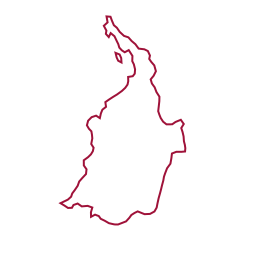 Porto Belo, Santa Catarina, Brazil (Mercator projection), rotated 292°
{"feature_id": "56859067B90050633059685", "entity_name": "Porto Belo", "entity_type": "district", "adm_level": 2, "iso_a3": "BRA", "parent_name": "Brazil", "parent_adm1": "Santa Catarina", "projection": "mercator", "projection_center": [-48.598, -27.169], "detail": "fine", "context": "isolated", "style": "outline", "palette": "rose", "viewbox_px": 256, "rotation_deg": 292, "n_neighbors": 0, "source": "geoboundaries", "source_scale": "gbopen_adm2", "svg_char_len": 1842}
<svg xmlns="http://www.w3.org/2000/svg" viewBox="0 0 256 256"><g transform="rotate(292 128 128)"><path d="M224.6,70.1L223.4,66.3L218.3,69.5L213.7,67.3L210.2,71.5L207.0,72.2L205.1,76.1L209.5,76.4L208.0,81.1L204.5,84.9L202.1,87.6L199.3,89.8L197.7,93.2L197.0,96.6L200.5,99.5L196.5,105.1L191.6,106.9L189.2,109.6L185.0,112.6L180.9,113.9L177.8,113.0L175.4,109.0L171.5,110.7L168.1,111.3L164.2,110.4L160.1,108.5L155.0,105.3L151.1,102.4L147.2,99.7L143.5,97.3L139.4,99.7L135.4,97.4L131.3,97.4L126.6,98.2L127.5,93.8L124.4,90.2L119.8,88.3L115.1,88.9L112.7,92.0L111.2,95.3L108.3,97.1L105.0,98.8L99.4,99.9L96.8,103.5L93.3,104.1L89.7,103.5L86.0,101.9L81.5,99.1L76.7,101.1L74.2,105.0L69.6,106.3L64.4,104.3L60.1,102.8L55.6,103.0L50.5,101.9L46.4,100.8L43.0,101.0L39.1,99.1L33.0,93.6L32.3,98.0L31.4,102.3L33.0,105.9L36.2,106.3L39.1,109.6L38.0,114.5L40.7,119.8L40.9,124.7L36.0,125.2L31.8,127.0L35.3,129.9L35.4,133.9L33.6,136.7L33.3,141.1L32.6,146.0L33.5,151.5L34.8,154.9L37.7,158.0L40.7,161.2L45.3,162.9L48.6,163.7L51.7,165.9L54.3,168.2L54.3,175.6L56.6,180.6L60.5,183.8L64.9,184.4L69.0,183.6L74.4,182.7L79.8,182.1L83.7,181.6L87.7,181.0L92.6,180.4L96.3,179.6L99.7,179.4L105.3,179.3L110.8,180.7L116.4,179.5L120.8,178.3L124.0,181.7L125.9,186.4L127.6,189.7L130.8,188.7L133.7,187.0L136.7,184.8L141.0,182.7L144.7,180.1L147.9,177.4L152.6,178.2L155.4,173.9L151.4,169.8L148.0,167.6L145.8,162.3L147.0,158.2L149.5,154.6L152.1,152.1L154.9,149.7L160.0,148.3L164.6,147.0L168.8,145.4L172.0,140.9L175.7,137.5L178.2,133.5L181.6,130.8L186.0,132.2L191.1,132.6L195.9,128.9L198.0,124.8L200.0,121.8L203.4,121.2L206.8,117.6L207.1,113.7L205.6,108.1L208.5,103.4L210.0,98.8L212.2,94.4L211.9,89.8L214.0,84.3L216.8,80.1L218.0,76.4L221.7,72.7L224.6,70.1ZM190.3,95.5L193.0,92.7L193.0,88.3L189.1,91.1L186.7,93.7L186.3,97.4L190.3,95.5Z" fill="none" stroke="#9f1239" stroke-width="2"/></g></svg>